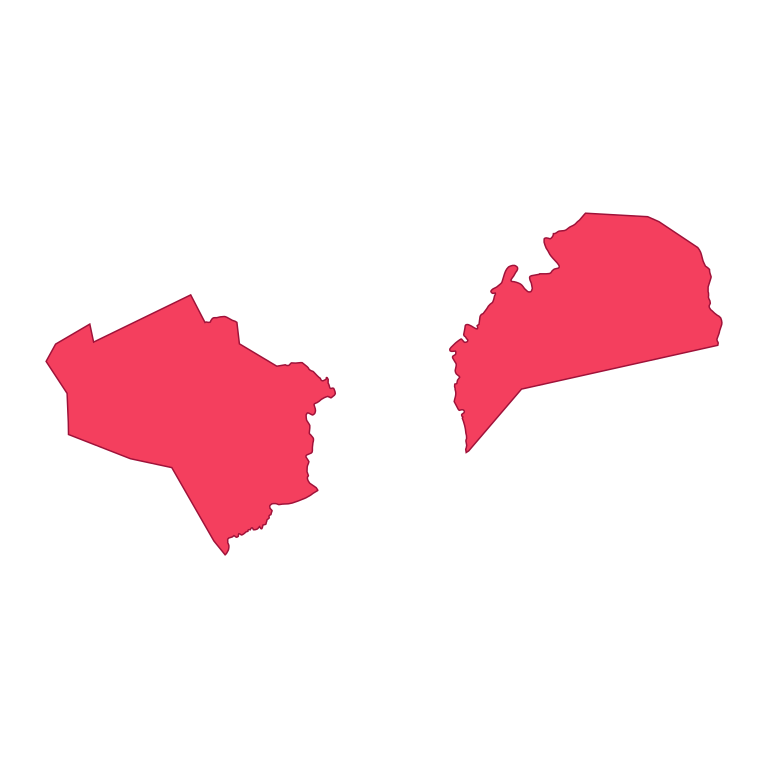 outline of San Sebastian, Comayagua, Honduras
{"feature_id": "27666195B99754076346058", "entity_name": "San Sebastian", "entity_type": "district", "adm_level": 2, "iso_a3": "HND", "parent_name": "Honduras", "parent_adm1": "Comayagua", "projection": "natural_earth1", "projection_center": [-87.707, 14.215], "detail": "fine", "context": "isolated", "style": "filled", "palette": "rose", "viewbox_px": 768, "rotation_deg": 0, "n_neighbors": 0, "source": "geoboundaries", "source_scale": "gbopen_adm2", "svg_char_len": 6126}
<svg xmlns="http://www.w3.org/2000/svg" viewBox="0 0 768 768"><path d="M236.9,322.4L235.2,321.3L232.3,320.3L226.9,317.3L225.4,316.7L224.2,316.5L220.1,316.9L216.7,317.7L214.6,317.7L213.6,317.8L212.8,318.2L212.2,318.7L211.0,320.4L210.4,321.8L210.0,322.2L208.4,322.4L206.1,322.0L205.0,322.5L190.7,294.9L93.6,342.1L89.8,324.1L55.6,344.1L46.1,361.4L67.1,393.4L68.3,422.2L68.5,434.5L130.4,458.7L171.8,467.6L213.9,541.0L225.1,554.8L226.0,554.0L226.7,553.1L228.2,550.4L228.6,549.2L228.9,547.2L228.9,545.7L228.5,544.3L228.0,543.3L227.7,542.4L227.8,541.0L227.6,539.9L227.9,539.0L228.8,538.0L232.4,536.9L234.0,535.6L236.1,537.1L236.7,537.2L237.3,537.0L238.3,536.3L238.5,534.3L238.8,533.7L239.7,533.9L241.3,534.9L241.8,534.9L242.6,534.6L244.5,533.3L246.0,531.9L247.9,531.3L248.0,531.1L247.9,530.4L248.4,529.8L249.4,529.6L250.1,529.8L250.3,529.8L250.8,528.7L251.3,528.1L251.9,527.8L252.5,528.0L253.0,528.8L253.3,529.6L253.6,529.8L255.2,529.7L257.0,529.2L257.9,528.5L259.5,526.6L260.9,528.6L261.5,528.8L261.9,528.6L262.4,527.4L263.0,525.0L265.5,524.4L265.9,524.1L266.1,523.5L266.2,522.7L266.7,521.4L266.9,520.1L267.4,519.5L268.7,518.5L269.1,518.1L269.2,517.6L269.0,516.6L269.1,515.8L269.9,515.0L270.7,514.8L271.0,514.4L271.3,513.0L272.1,510.8L271.7,510.1L270.0,508.3L269.7,506.3L269.8,505.7L270.1,505.3L271.7,503.9L273.3,503.6L275.6,503.6L276.9,503.9L278.6,504.6L279.3,504.6L282.3,504.1L288.4,503.8L292.3,503.0L298.1,501.0L305.8,497.9L310.7,495.1L313.1,493.3L317.7,490.5L317.8,490.2L317.4,489.5L316.2,487.7L309.7,483.2L308.1,480.7L307.4,478.8L307.5,477.0L307.7,476.6L308.3,476.0L308.4,475.6L307.0,471.6L307.2,467.1L307.5,465.6L308.4,463.5L308.9,461.7L308.2,460.4L306.1,457.2L306.0,456.7L306.0,456.0L306.2,455.5L306.7,455.0L311.3,453.0L311.7,452.6L312.1,452.1L312.4,450.6L312.4,447.5L312.7,444.7L312.9,442.9L313.4,440.9L313.5,439.6L313.4,438.5L313.0,437.7L310.8,435.0L309.8,434.1L309.3,433.3L309.3,432.9L309.8,428.0L309.8,425.5L309.3,424.4L306.6,420.2L306.2,417.4L306.1,415.0L306.9,413.5L307.3,413.0L307.8,412.9L308.9,413.2L312.2,414.9L312.9,414.9L313.8,414.3L314.5,413.7L315.0,412.9L315.5,410.9L315.3,408.9L314.1,405.0L314.1,404.4L314.5,403.8L315.4,403.3L317.1,402.6L319.1,401.3L321.3,399.4L324.4,397.6L326.4,396.8L327.9,396.4L328.7,396.9L329.2,396.9L330.4,397.7L331.3,397.7L334.4,395.2L335.0,394.3L335.3,393.5L335.0,391.6L334.2,389.4L333.7,388.4L333.3,388.2L332.4,388.1L330.9,388.5L330.2,388.2L329.8,387.7L328.8,384.3L328.1,383.0L328.2,379.4L327.2,377.7L326.8,377.5L326.5,377.6L326.3,377.8L326.3,378.5L326.1,379.1L324.8,380.0L323.0,380.8L322.3,380.8L321.8,380.6L320.9,379.8L320.3,378.3L319.0,377.4L317.2,375.7L313.8,372.1L313.0,371.4L311.3,370.8L309.6,369.8L309.0,369.2L308.3,367.9L307.2,366.7L302.2,362.7L300.8,362.6L295.6,363.1L291.5,362.9L291.1,363.1L290.6,363.5L289.4,365.0L288.3,365.5L286.8,365.5L285.3,364.8L276.8,366.2L239.4,343.8L236.9,322.4ZM466.2,452.5L468.7,450.9L521.5,389.1L717.8,345.3L718.2,343.1L718.0,342.2L717.3,341.2L716.9,339.3L717.5,337.6L718.7,334.4L719.3,332.6L719.6,330.9L721.7,324.6L721.9,322.7L721.5,320.2L720.7,317.9L719.1,316.3L717.2,315.2L714.6,313.2L712.2,310.9L710.7,309.7L709.4,307.6L709.1,306.0L710.3,303.3L709.9,300.8L708.8,298.6L708.4,297.1L708.6,295.5L708.5,293.0L708.1,291.7L708.1,287.0L711.0,277.7L711.1,276.7L709.9,272.9L709.6,271.2L709.5,269.4L707.7,267.7L705.4,266.1L703.8,262.7L703.0,260.8L701.3,254.3L700.6,252.2L699.4,249.9L697.8,247.6L659.0,221.7L647.7,216.7L585.5,213.2L584.1,214.7L579.5,220.1L577.5,221.7L575.3,224.0L573.4,225.3L569.7,227.1L565.9,230.0L564.2,230.6L559.1,231.1L557.7,231.8L556.5,232.7L555.6,233.2L554.5,233.6L553.4,233.6L553.2,235.2L552.7,236.3L551.6,237.8L550.4,238.7L549.7,238.7L548.1,238.2L546.2,237.9L545.1,238.1L544.3,238.6L544.1,239.8L544.1,242.2L544.9,244.9L546.2,248.2L547.9,250.8L549.7,254.2L550.8,255.8L553.0,258.4L557.0,262.7L558.7,265.0L559.2,266.0L559.2,267.0L558.9,267.7L558.4,268.1L554.9,268.9L553.8,269.4L552.1,270.9L551.0,272.6L550.3,273.1L549.5,273.5L546.2,273.8L539.8,273.8L539.5,273.9L539.4,274.2L539.2,274.3L531.5,275.7L530.2,276.3L529.8,276.8L529.6,277.3L529.7,278.7L530.1,280.3L531.3,283.1L532.3,288.3L532.2,288.9L531.7,290.3L531.3,291.1L530.9,291.6L530.1,291.9L528.9,291.9L528.2,291.8L527.4,291.3L524.5,288.6L523.0,286.5L521.8,285.1L520.7,284.2L519.7,283.6L518.1,282.9L516.4,282.3L514.1,281.7L512.1,281.5L511.3,281.1L511.0,280.4L511.2,279.5L512.3,277.8L513.6,276.1L515.7,272.4L516.9,270.8L517.6,269.1L517.6,268.0L517.3,267.2L516.6,266.5L515.3,265.7L514.4,265.4L512.8,265.4L511.1,265.8L509.6,266.4L508.5,267.0L506.9,268.8L505.6,271.0L504.5,273.8L502.1,281.7L501.6,282.8L500.3,284.1L496.6,287.1L493.0,288.9L491.7,290.0L491.1,290.8L490.9,291.4L491.1,292.0L491.5,292.6L492.3,293.2L493.0,293.4L495.2,293.0L495.4,293.3L495.4,294.2L494.5,296.0L493.8,299.1L493.2,300.9L492.8,301.9L492.3,302.6L490.3,304.1L488.4,306.1L486.8,308.7L483.3,313.4L482.7,313.8L481.4,314.4L480.4,315.7L480.0,316.8L479.0,324.3L477.1,325.7L477.7,327.5L477.6,328.1L477.5,328.6L477.0,328.9L476.0,328.7L474.4,327.9L471.3,326.0L468.5,324.7L467.0,324.5L465.8,324.9L465.4,325.4L465.2,326.0L464.9,328.3L463.7,334.6L463.9,335.3L464.3,336.0L465.5,336.9L466.6,338.7L467.7,339.7L467.8,340.5L467.5,341.3L467.0,341.8L466.2,342.2L465.3,342.3L464.5,342.3L464.0,341.9L461.6,339.2L461.1,339.0L459.7,339.8L457.5,341.4L455.5,343.0L451.1,347.3L450.1,348.6L449.8,349.2L449.9,350.3L450.1,350.8L450.6,351.1L451.7,351.4L455.4,351.1L455.6,351.3L455.8,352.2L455.8,353.5L455.6,354.2L454.7,355.0L453.1,355.9L452.6,356.6L452.5,357.1L452.7,358.0L454.8,361.6L455.9,363.3L456.2,364.1L456.2,365.8L455.2,370.3L455.3,371.4L455.6,372.6L456.4,374.0L459.4,376.5L459.7,377.2L457.5,380.2L456.8,383.5L455.9,383.9L454.9,384.0L454.7,384.5L454.6,386.7L455.1,388.3L455.1,389.4L455.7,391.9L455.8,393.9L455.5,396.2L454.6,399.6L454.2,401.6L458.2,409.2L458.8,410.0L459.4,410.3L461.9,409.7L462.8,409.8L463.8,410.3L464.3,411.2L464.3,411.9L464.0,412.7L462.3,413.9L461.8,414.4L461.6,415.0L461.9,416.1L462.8,416.9L462.7,417.4L462.3,418.2L463.5,421.5L464.7,425.7L465.4,429.1L465.9,433.2L466.5,435.7L466.6,438.5L466.1,439.8L465.9,441.0L466.7,445.3L466.3,447.6L465.7,449.3L466.2,452.5Z" fill="#f43f5e" stroke="#9f1239" stroke-width="1.5"/></svg>